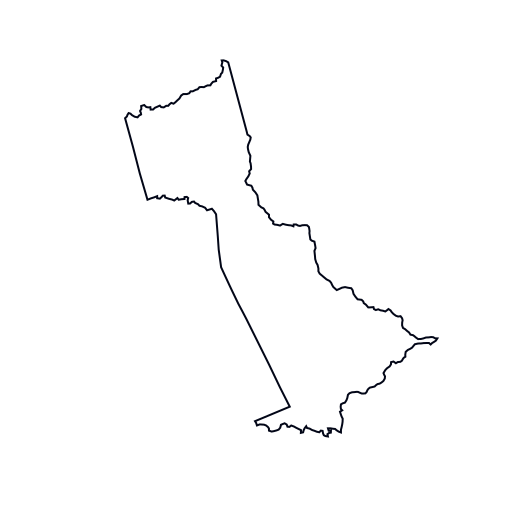 the district of Pequizeiro, Tocantins, Brazil, rotated 132°
{"feature_id": "56859067B87843438844420", "entity_name": "Pequizeiro", "entity_type": "district", "adm_level": 2, "iso_a3": "BRA", "parent_name": "Brazil", "parent_adm1": "Tocantins", "projection": "mercator", "projection_center": [-48.925, -8.4], "detail": "fine", "context": "isolated", "style": "outline", "palette": "ink", "viewbox_px": 512, "rotation_deg": 132, "n_neighbors": 0, "source": "geoboundaries", "source_scale": "gbopen_adm2", "svg_char_len": 4459}
<svg xmlns="http://www.w3.org/2000/svg" viewBox="0 0 512 512"><g transform="rotate(132 256 256)"><path d="M330.3,74.8L328.3,76.6L325.8,77.9L323.4,79.3L321.3,80.7L318.9,82.7L318.0,85.0L316.8,87.2L315.5,89.4L313.0,88.7L312.9,90.5L311.4,92.2L309.4,93.6L307.5,93.0L305.5,91.8L302.9,92.2L300.5,93.1L297.6,94.8L295.4,94.7L293.1,93.5L291.2,91.7L289.8,90.5L288.7,89.2L288.1,87.2L287.4,85.3L286.3,84.1L284.9,82.8L283.0,82.8L281.3,83.4L279.5,83.6L277.6,83.3L275.5,81.8L273.6,80.5L271.8,80.4L269.9,80.0L268.1,78.7L266.1,78.1L263.7,77.7L260.9,78.3L259.1,79.6L258.5,81.3L257.7,82.9L255.8,83.3L254.0,83.6L251.6,83.5L248.6,82.8L246.2,83.2L244.5,84.6L242.4,83.2L242.1,80.3L240.0,79.7L238.0,77.9L236.2,77.5L234.5,77.9L232.8,78.1L230.9,77.6L229.5,79.0L227.1,80.6L224.2,80.3L221.8,79.3L219.7,78.7L217.8,78.8L215.3,78.9L212.6,77.0L210.4,74.7L208.5,73.1L206.5,71.0L204.9,69.2L204.9,67.0L202.9,66.9L200.6,66.2L198.6,65.7L195.9,66.1L197.3,67.8L197.8,70.0L199.0,71.6L200.8,73.1L202.9,75.2L205.3,76.5L207.3,77.9L209.3,80.0L209.6,82.9L209.6,84.7L209.8,86.4L211.1,88.6L210.4,91.1L210.6,93.5L210.6,96.2L211.1,98.6L209.8,101.0L207.7,102.8L205.6,104.1L204.5,105.8L204.0,108.3L205.9,109.9L206.8,112.1L207.1,115.1L206.9,117.7L206.4,119.6L206.8,122.1L208.4,122.3L210.7,122.8L211.7,125.0L213.1,127.2L213.8,129.5L216.0,130.8L216.5,132.8L215.4,134.5L218.0,137.0L219.1,138.2L218.6,141.7L218.9,144.4L218.0,145.9L217.9,148.2L219.0,149.8L220.2,151.5L219.7,155.0L218.9,158.2L216.8,161.2L216.2,163.6L218.1,166.5L219.5,169.0L222.0,170.9L224.9,172.1L227.3,173.2L227.3,177.8L226.6,180.0L225.6,182.3L225.3,184.6L226.2,188.0L226.5,196.9L225.6,199.4L223.5,201.3L221.4,204.3L220.6,206.8L218.7,209.9L216.8,211.9L213.1,216.0L210.3,217.0L208.9,218.7L206.2,222.2L207.3,224.9L207.3,226.7L203.3,231.6L201.6,232.9L200.1,234.7L199.0,236.2L199.0,238.7L200.5,240.5L202.2,242.2L204.2,243.4L205.2,245.0L205.7,247.3L207.4,249.1L208.9,248.1L209.8,250.4L211.3,252.4L212.8,254.8L214.2,257.6L217.3,258.5L218.6,261.0L220.2,263.3L220.5,265.0L218.7,266.2L219.0,269.1L218.5,272.3L216.6,274.0L216.7,276.2L216.8,278.4L215.9,280.7L215.6,282.4L216.3,284.6L216.3,288.4L214.1,290.5L210.0,295.6L209.1,299.1L208.8,302.7L207.6,304.4L206.9,306.5L208.9,310.4L207.4,314.1L205.3,314.6L202.0,315.0L198.9,315.9L197.6,317.8L194.7,317.8L192.9,319.5L190.7,322.1L189.9,323.7L185.3,327.2L183.7,330.9L181.9,333.5L180.5,335.1L178.5,336.3L173.3,338.1L171.4,339.3L171.1,341.0L171.5,343.6L169.6,346.4L130.7,406.2L131.2,408.6L132.3,411.0L133.6,412.3L134.6,410.6L137.7,409.0L137.9,406.5L139.8,405.2L142.3,403.8L144.1,403.9L146.8,402.7L148.9,403.4L150.8,404.5L152.7,402.7L155.4,404.5L157.9,404.5L159.7,404.1L161.7,406.2L163.5,407.0L165.4,407.7L166.9,409.6L168.4,411.0L171.1,410.9L172.9,412.0L176.0,413.2L177.4,414.8L179.7,414.5L181.9,415.7L184.3,418.4L186.8,419.0L190.2,418.3L193.0,418.6L195.8,418.8L198.0,419.2L198.9,421.4L201.1,421.8L203.1,421.7L204.4,423.2L207.3,424.0L208.8,426.1L208.6,428.1L211.5,429.4L213.5,430.3L216.0,430.5L217.7,432.3L216.1,434.1L217.6,435.4L218.7,437.2L218.6,440.1L221.4,441.7L223.4,439.6L225.8,439.2L226.6,437.5L227.7,436.1L229.8,436.9L232.2,436.8L233.7,439.4L234.3,442.5L234.2,444.5L235.0,446.3L237.0,446.0L238.7,445.3L241.2,445.5L257.2,420.5L272.4,397.6L286.8,374.3L283.2,372.5L280.7,371.0L277.7,369.5L279.2,368.1L277.7,365.8L275.2,365.6L273.5,365.6L272.2,364.3L273.3,362.6L271.8,359.1L270.2,356.1L269.5,353.9L267.4,353.5L265.5,353.2L265.9,351.1L263.7,349.4L261.5,347.3L260.0,348.5L258.4,347.0L258.3,345.2L260.3,344.1L262.4,341.4L261.1,340.1L258.7,339.9L257.0,338.5L257.3,336.8L256.3,333.7L256.5,331.6L255.2,329.3L254.2,326.1L254.8,323.0L252.8,321.8L250.4,320.4L250.8,317.2L251.7,313.6L267.0,297.5L276.2,288.0L287.7,274.4L291.1,266.5L295.4,256.4L297.7,250.9L303.3,237.2L306.2,229.2L309.3,220.9L328.1,173.3L337.5,150.5L345.4,130.1L379.4,146.2L380.0,144.1L381.3,141.9L378.6,140.5L377.1,138.6L376.0,137.2L375.2,135.2L375.1,132.8L375.5,131.0L377.1,129.5L376.0,126.9L374.3,125.6L372.0,124.1L369.9,123.0L367.4,123.1L364.7,124.5L363.0,123.7L361.2,122.8L360.7,120.4L361.8,118.4L360.6,116.8L358.4,116.4L357.3,113.6L356.8,111.3L356.1,108.8L355.3,106.0L357.4,104.3L355.5,103.0L353.6,104.0L351.5,104.6L348.9,104.8L349.7,103.0L348.4,100.7L347.8,97.9L346.8,95.7L345.9,93.2L344.6,91.0L342.4,91.0L341.4,89.5L343.0,87.4L343.8,85.7L343.4,84.0L342.0,81.8L340.6,83.7L338.6,83.3L337.2,82.2L335.6,83.5L337.2,85.1L335.9,87.2L334.2,85.3L332.8,83.1L331.6,81.5L331.6,79.7L331.2,77.1L330.3,74.8Z" fill="none" stroke="#020617" stroke-width="2"/></g></svg>